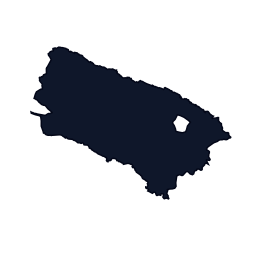 outline of Luilu, Kasaï-Oriental, Democratic Republic of the Congo, rotated 109°
{"feature_id": "63176286B70348427219396", "entity_name": "Luilu", "entity_type": "district", "adm_level": 2, "iso_a3": "COD", "parent_name": "Democratic Republic of the Congo", "parent_adm1": "Kasaï-Oriental", "projection": "equal_earth", "projection_center": [23.592, -7.312], "detail": "fine", "context": "isolated", "style": "filled", "palette": "ink", "viewbox_px": 256, "rotation_deg": 109, "n_neighbors": 0, "source": "geoboundaries", "source_scale": "gbopen_adm2", "svg_char_len": 5713}
<svg xmlns="http://www.w3.org/2000/svg" viewBox="0 0 256 256"><g transform="rotate(109 128 128)"><path d="M84.2,73.5L84.4,74.9L84.2,75.6L83.5,76.3L83.4,76.7L84.0,77.4L83.2,77.7L82.7,79.5L81.9,79.7L81.7,80.1L81.9,81.2L81.4,82.4L81.5,82.7L81.9,82.9L81.9,83.4L82.3,83.8L82.0,84.3L82.9,85.0L82.8,85.7L83.1,87.2L82.9,87.5L82.4,87.3L82.2,88.5L81.5,87.9L80.8,88.8L81.1,89.3L79.9,90.1L80.1,90.6L79.7,91.7L79.8,92.4L79.4,93.0L79.6,93.7L79.3,95.2L79.2,96.2L79.8,96.5L79.7,97.4L79.4,98.3L79.0,98.3L78.7,98.7L78.8,100.5L78.4,101.2L78.0,103.9L78.0,105.1L77.8,105.4L78.1,105.7L77.8,106.2L78.3,106.6L79.8,106.7L80.1,107.0L79.7,108.8L79.7,110.6L79.8,111.7L80.4,112.4L80.0,113.3L80.1,114.0L79.9,115.4L80.4,115.6L79.6,118.9L79.8,119.1L80.5,118.2L80.6,118.7L80.2,119.7L80.1,124.6L79.7,127.9L79.3,129.3L79.5,130.3L79.2,131.8L80.5,132.8L81.5,132.8L81.7,133.2L81.5,134.8L82.4,135.9L82.3,136.7L81.7,138.1L81.7,139.0L81.3,140.4L80.2,141.1L80.6,141.8L79.8,143.3L80.4,145.4L80.7,145.5L80.8,145.0L81.2,145.0L81.4,145.4L81.3,146.1L81.4,146.8L82.3,148.8L81.8,150.6L81.2,151.2L81.1,151.9L81.3,152.4L81.0,152.8L80.6,152.9L80.1,154.2L80.2,154.9L79.8,155.4L79.5,156.3L79.3,156.6L78.5,156.4L77.8,157.2L77.8,157.9L77.1,157.9L77.6,158.9L77.2,161.6L77.3,162.0L77.9,162.4L77.8,163.3L78.4,164.2L78.3,165.0L79.4,166.7L78.8,167.9L79.0,168.6L78.4,169.4L78.3,170.0L78.4,171.0L79.0,171.4L78.6,172.8L78.8,173.9L78.4,174.6L78.5,175.0L79.2,175.8L79.1,177.1L79.5,178.0L79.4,178.6L79.5,179.7L79.1,181.3L78.3,181.7L78.5,182.8L77.9,183.1L77.7,183.6L78.1,184.6L77.7,184.6L77.5,185.0L77.7,185.4L78.4,185.7L78.3,186.6L77.8,187.2L77.4,188.4L77.0,188.8L76.6,190.7L75.5,193.7L74.7,194.4L74.4,195.2L74.7,198.3L74.2,198.5L74.3,199.0L73.6,200.4L73.9,203.0L74.9,203.1L74.5,204.9L74.6,206.0L74.2,206.8L74.2,207.2L75.0,207.5L74.6,209.1L73.4,210.0L73.2,211.0L73.7,211.8L73.0,212.5L73.4,216.4L73.8,217.5L73.7,217.9L74.1,219.8L76.3,221.8L76.0,222.6L76.2,223.3L76.8,223.6L76.9,224.3L77.3,224.8L77.9,224.7L78.9,223.8L79.4,223.8L80.4,225.4L81.5,226.5L82.4,226.6L83.8,227.6L85.1,226.8L86.4,224.9L88.4,222.8L96.3,224.1L97.4,224.5L98.5,224.5L103.2,222.8L105.2,225.1L107.4,225.5L107.6,226.4L108.4,226.8L108.9,228.1L109.4,228.2L110.6,227.4L111.7,227.2L112.6,226.3L114.3,223.4L116.3,223.0L117.2,222.1L117.8,222.2L119.0,221.7L119.9,223.3L123.6,226.3L126.1,226.6L130.6,226.4L130.6,225.2L131.0,224.1L131.0,223.0L132.7,220.4L132.7,219.7L133.4,218.8L133.4,218.0L133.9,217.4L133.8,216.8L134.0,215.6L133.7,213.8L133.8,213.3L135.9,210.0L137.5,205.8L138.2,204.9L139.9,206.7L140.2,207.9L140.9,208.6L142.8,210.1L143.2,211.2L144.3,218.3L144.3,219.7L144.7,221.7L144.4,223.0L144.6,223.5L144.4,224.9L145.5,224.3L145.6,220.0L145.2,215.5L145.8,214.2L149.5,212.3L154.5,210.6L158.6,207.3L160.3,206.2L159.9,205.2L160.7,204.2L161.0,203.2L160.9,201.3L160.6,200.3L160.0,199.1L160.1,198.2L159.6,197.4L156.7,190.5L156.4,188.9L156.5,187.9L157.0,186.8L157.4,184.9L157.9,184.0L157.7,183.7L156.7,183.4L157.5,182.1L157.7,181.4L157.7,180.5L156.8,176.8L157.3,175.2L157.1,173.8L158.3,170.5L157.7,168.8L157.8,167.5L157.6,167.0L156.6,166.1L157.2,165.0L157.9,164.2L158.1,164.2L158.1,163.5L157.3,160.6L157.6,159.9L158.5,158.7L159.5,158.1L159.7,155.9L160.4,155.1L160.6,154.5L160.5,154.1L161.3,152.0L161.1,150.6L161.6,150.0L161.7,148.7L162.2,148.0L162.5,143.9L162.8,143.0L162.6,141.4L163.1,139.5L163.0,138.9L164.4,137.9L165.8,137.8L166.5,136.7L166.4,135.9L165.4,136.0L165.0,135.4L164.8,134.4L164.0,133.6L162.9,133.5L162.0,133.1L161.6,132.4L161.1,130.2L161.2,129.4L161.5,128.7L162.5,127.9L162.2,126.5L162.8,125.6L162.4,124.6L163.0,122.4L162.9,121.6L163.1,120.9L163.8,120.5L161.5,116.7L161.2,115.2L161.4,113.8L161.1,112.7L162.4,110.9L163.1,111.5L163.4,111.3L163.9,110.6L163.5,109.3L163.6,108.9L165.7,107.4L166.1,106.5L167.0,105.7L168.4,100.8L168.8,100.5L168.9,99.5L170.4,98.4L171.0,97.6L171.6,94.5L172.1,93.7L172.2,92.4L172.8,91.4L173.7,91.3L174.4,91.6L175.6,90.4L176.2,90.4L176.5,90.7L177.5,90.6L178.0,90.9L178.0,92.0L178.8,91.7L179.0,91.3L179.3,88.7L179.5,88.4L181.1,88.8L181.2,87.2L181.8,83.7L180.6,82.9L180.1,82.3L180.0,81.7L180.1,81.1L182.1,79.5L182.4,78.9L182.3,78.5L181.2,77.1L181.0,75.1L179.5,75.3L179.2,75.0L179.0,73.2L179.4,72.7L182.0,72.5L183.0,71.0L183.0,70.5L181.8,69.1L181.8,66.6L181.3,66.5L180.7,67.2L179.9,67.8L179.2,67.9L178.0,69.4L177.1,70.1L174.1,70.1L173.4,70.7L172.1,68.7L171.1,66.2L169.7,64.2L167.5,63.6L164.3,65.0L158.1,66.2L157.2,66.1L155.9,64.8L155.3,63.8L155.4,61.9L155.2,61.2L154.8,60.7L150.6,58.9L150.0,58.2L149.8,57.5L150.1,56.2L151.0,54.8L151.2,53.8L151.2,51.9L150.0,51.0L147.0,51.1L145.7,49.4L144.8,49.6L144.0,48.5L143.8,47.7L144.2,45.4L143.7,44.6L142.8,44.4L141.7,44.9L140.8,45.0L137.9,43.6L136.6,43.7L135.7,42.7L136.1,40.3L133.0,43.4L132.5,43.4L132.2,40.6L131.4,40.1L130.9,40.2L129.2,42.3L128.5,42.6L126.2,43.1L125.1,43.0L123.9,43.4L123.5,44.1L123.0,46.5L122.6,46.8L120.7,46.7L119.3,45.9L114.3,42.3L113.5,41.5L111.3,38.8L110.4,38.6L109.2,37.1L108.3,34.8L107.5,33.9L107.2,31.7L106.9,31.0L106.1,30.1L104.9,29.6L104.1,28.1L103.6,27.8L103.2,27.9L102.4,29.9L101.8,30.2L101.2,31.0L100.2,31.1L99.8,31.9L100.6,34.3L99.8,37.2L98.8,38.5L97.3,38.6L94.9,40.7L93.8,40.9L93.4,41.3L92.8,43.5L92.0,44.1L91.7,45.0L90.6,45.3L90.0,45.2L89.4,45.9L88.7,45.9L88.8,46.5L89.9,48.0L90.9,50.2L90.9,50.8L91.5,51.4L91.1,51.8L90.2,51.6L89.0,51.1L89.0,52.2L88.4,54.0L88.5,54.4L86.4,57.5L86.3,58.0L87.3,60.4L88.2,60.1L88.2,60.5L87.7,61.6L86.6,62.1L86.1,63.1L86.4,63.9L85.3,67.3L85.1,67.6L85.4,68.1L85.2,68.5L84.8,68.4L84.9,69.5L83.9,71.6L84.1,71.9L84.6,71.3L85.1,71.5L84.2,73.5ZM102.2,70.9L106.8,72.4L110.6,72.1L112.9,72.3L114.8,75.0L115.3,78.2L115.6,81.6L113.3,82.9L110.7,85.1L109.0,87.3L107.4,87.7L104.6,86.3L99.4,85.6L99.2,82.6L99.6,78.5L101.1,73.5L102.2,70.9Z" fill="#0f172a" stroke="#020617" stroke-width="1.5"/></g></svg>